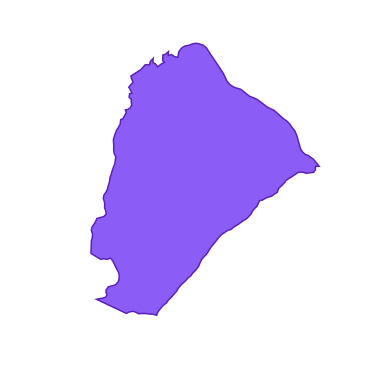 Iepê, São Paulo, Brazil (Robinson projection), rotated 205°
{"feature_id": "56859067B81358319526354", "entity_name": "Iepê", "entity_type": "district", "adm_level": 2, "iso_a3": "BRA", "parent_name": "Brazil", "parent_adm1": "São Paulo", "projection": "robinson", "projection_center": [-51.054, -22.634], "detail": "fine", "context": "isolated", "style": "filled", "palette": "violet", "viewbox_px": 384, "rotation_deg": 205, "n_neighbors": 0, "source": "geoboundaries", "source_scale": "gbopen_adm2", "svg_char_len": 2665}
<svg xmlns="http://www.w3.org/2000/svg" viewBox="0 0 384 384"><g transform="rotate(205 192 192)"><path d="M287.2,227.4L285.8,223.2L286.0,219.1L286.5,216.3L286.3,213.0L285.9,209.6L285.5,206.6L284.5,204.5L282.6,201.2L280.9,197.3L278.8,194.0L276.0,191.7L275.1,189.0L273.9,185.0L273.7,181.4L273.2,176.7L272.6,173.3L272.5,170.7L271.6,168.1L271.0,165.6L270.4,161.5L269.8,158.6L269.9,155.3L270.5,151.7L269.6,148.6L267.5,146.4L265.9,144.0L264.6,140.8L262.5,138.7L260.4,135.8L261.6,132.4L267.0,127.9L267.0,123.0L267.8,118.0L267.1,114.7L264.3,111.8L263.1,108.6L262.6,105.3L257.6,93.6L246.4,92.4L243.9,94.1L240.3,95.2L238.0,97.6L234.8,96.1L233.0,94.8L229.6,91.9L224.8,88.2L222.8,85.8L221.4,82.4L220.9,79.4L222.2,75.4L225.4,72.7L227.8,70.6L228.4,66.9L227.5,64.6L225.6,63.0L225.7,60.4L228.0,58.1L230.2,56.7L233.2,54.4L200.2,54.2L198.2,56.7L195.0,59.0L192.1,59.3L189.0,59.1L186.7,60.3L183.4,62.0L179.4,63.3L175.5,64.8L171.9,65.3L172.3,68.1L171.7,71.5L170.8,74.8L170.1,77.3L168.3,80.4L167.9,83.6L166.3,87.6L165.3,91.3L164.0,95.6L163.8,98.6L163.0,102.0L161.7,105.7L160.2,109.1L159.0,113.2L157.6,115.7L157.1,118.7L155.5,123.0L154.6,127.4L154.8,131.5L154.7,135.1L153.7,138.6L152.6,141.5L152.2,144.3L151.7,148.6L151.2,151.5L150.0,155.5L149.2,159.1L148.5,162.1L147.4,165.6L145.6,168.6L144.4,170.7L143.1,172.7L140.9,174.4L139.3,177.9L137.8,180.2L136.2,182.5L134.7,185.5L132.5,189.0L130.8,191.9L129.3,196.7L129.0,200.3L128.4,203.3L127.1,206.4L127.1,210.2L127.0,212.9L124.7,214.5L122.5,217.8L119.6,220.5L117.8,222.3L116.5,224.9L114.6,227.7L114.9,232.0L113.3,236.1L112.1,239.4L111.8,241.9L109.9,245.2L108.1,247.9L106.2,251.0L104.1,254.7L100.6,256.6L96.5,257.2L93.5,259.1L90.1,261.2L89.5,264.2L90.9,267.4L87.6,269.0L90.4,270.4L95.7,273.0L102.6,274.3L104.6,273.8L108.3,274.8L111.6,276.8L113.6,279.0L116.5,282.4L120.6,287.2L125.1,291.2L128.5,292.7L131.7,294.7L136.1,296.4L139.8,297.0L152.2,300.7L156.2,300.7L160.2,300.9L170.8,303.2L173.6,303.5L180.4,303.1L191.2,305.7L197.8,304.7L201.5,305.1L204.4,305.9L207.3,307.4L213.6,312.6L221.2,317.4L233.7,324.8L239.9,328.8L243.7,329.8L249.2,329.1L251.3,328.4L253.8,326.7L257.5,323.1L259.6,321.8L261.7,319.2L262.7,316.5L263.2,313.3L261.8,308.1L264.8,307.3L268.6,307.9L271.2,305.7L272.7,309.3L274.1,305.9L276.3,303.8L274.0,298.6L271.8,297.9L273.9,295.1L276.1,290.8L279.0,292.6L282.1,292.8L283.6,296.7L285.0,292.5L284.2,289.4L288.1,287.7L290.3,280.8L293.2,276.4L296.4,271.2L294.1,268.6L291.7,266.5L292.8,263.5L293.6,260.3L290.9,258.4L288.2,256.2L290.1,254.7L289.0,251.2L286.1,250.3L285.2,248.0L283.4,245.4L283.6,242.4L284.9,239.8L287.1,238.3L285.2,236.3L285.4,232.3L285.4,229.7L287.2,227.4Z" fill="#8b5cf6" stroke="#5b21b6" stroke-width="1.5"/></g></svg>